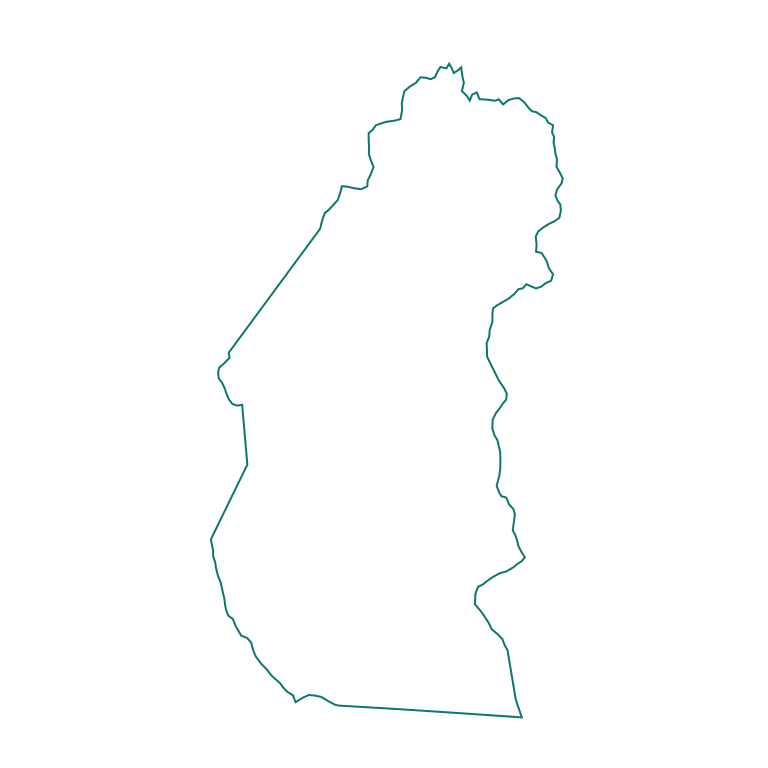 Palmeiras, Bahia, Brazil, rotated 5°
{"feature_id": "56859067B40593340252607", "entity_name": "Palmeiras", "entity_type": "district", "adm_level": 2, "iso_a3": "BRA", "parent_name": "Brazil", "parent_adm1": "Bahia", "projection": "equal_earth", "projection_center": [-41.531, -12.534], "detail": "fine", "context": "isolated", "style": "outline", "palette": "teal", "viewbox_px": 768, "rotation_deg": 5, "n_neighbors": 0, "source": "geoboundaries", "source_scale": "gbopen_adm2", "svg_char_len": 2746}
<svg xmlns="http://www.w3.org/2000/svg" viewBox="0 0 768 768"><g transform="rotate(5 384 384)"><path d="M323.6,708.7L331.1,703.2L336.2,700.4L342.1,700.4L348.8,701.2L356.5,705.0L363.2,707.8L367.3,708.3L398.9,707.4L424.0,706.7L550.3,704.1L542.7,686.7L530.2,638.3L527.0,633.7L524.1,627.7L518.4,622.9L512.9,619.1L508.9,612.6L503.4,605.5L499.4,601.0L493.9,595.6L493.3,585.3L495.3,577.9L500.0,575.0L503.7,571.4L509.1,566.9L515.3,562.7L522.2,560.0L528.7,555.5L532.4,551.8L536.2,548.9L539.4,544.5L535.3,539.0L531.9,533.4L530.1,527.9L527.9,523.1L525.0,518.4L525.8,502.6L523.7,497.2L519.2,493.2L515.7,486.5L510.8,485.6L508.0,481.6L505.1,475.6L506.8,465.7L507.2,458.4L506.6,450.2L505.6,441.3L503.7,435.7L501.8,429.9L498.8,425.9L495.8,419.0L495.4,409.7L498.2,402.9L501.4,398.1L504.0,393.2L507.0,389.0L507.2,383.1L504.5,378.4L497.7,369.9L484.3,347.8L483.6,341.3L482.7,334.2L484.7,327.6L484.6,321.1L486.6,312.5L485.9,304.7L486.1,299.2L489.7,295.8L495.4,291.8L500.7,288.1L506.2,282.7L509.6,277.9L514.0,276.5L517.2,272.2L522.0,273.9L527.1,275.5L532.2,273.3L536.4,269.3L541.5,266.6L542.8,260.0L538.2,254.3L535.1,247.0L529.6,239.8L523.9,238.9L523.9,232.1L522.3,223.8L524.3,218.7L528.6,214.5L534.2,210.2L539.8,206.9L544.2,203.1L545.1,195.8L544.0,189.8L541.1,186.6L538.3,181.3L539.6,174.8L543.2,169.0L544.2,163.9L541.1,158.5L536.9,152.6L536.8,145.2L534.7,139.5L533.5,134.0L531.9,129.0L531.9,123.0L529.5,118.9L529.9,111.6L524.8,109.3L521.6,104.8L517.2,102.8L512.3,100.0L507.5,99.3L503.9,96.2L498.8,90.8L493.6,87.4L488.7,88.2L483.4,90.2L478.3,95.1L473.6,90.4L469.6,92.2L462.9,91.7L454.4,92.0L451.0,85.5L446.6,88.0L444.8,94.2L441.3,89.7L436.1,85.4L437.3,76.8L435.2,70.3L433.3,61.8L429.9,65.5L426.3,68.1L423.8,63.2L421.0,59.3L418.7,64.1L412.6,63.3L410.1,67.8L408.2,73.8L403.8,76.3L399.5,75.3L393.6,75.3L389.6,81.2L383.5,85.7L378.8,90.6L377.8,97.4L377.3,103.3L378.2,109.8L377.3,118.7L371.7,120.7L367.9,121.6L363.8,122.5L358.9,124.4L353.3,127.0L350.3,132.0L346.9,135.4L347.5,142.6L348.6,150.6L348.9,156.3L351.2,161.9L354.7,168.7L352.2,177.2L350.1,182.4L350.1,188.6L344.2,192.0L336.4,191.5L330.3,190.6L324.8,190.6L323.7,197.7L321.8,204.9L317.9,210.0L313.8,215.3L310.2,218.7L308.3,225.6L306.8,235.0L226.6,366.3L227.8,371.4L223.0,377.4L218.4,382.0L217.7,387.3L219.0,393.0L222.5,396.7L225.9,402.7L228.1,407.8L230.8,412.8L234.8,417.2L239.6,418.3L244.5,417.2L254.9,476.2L225.1,553.8L226.8,560.0L228.3,564.9L228.7,570.1L231.4,576.5L232.6,581.7L235.2,589.3L238.7,596.2L241.1,604.1L243.7,611.8L245.0,618.0L246.4,622.9L249.0,628.3L254.0,631.4L257.4,638.2L263.6,647.0L269.8,649.0L274.1,653.0L277.1,661.2L280.2,666.9L286.1,673.4L292.1,678.6L296.7,683.6L301.4,687.4L306.6,691.1L309.7,694.9L314.4,699.0L320.5,702.1L323.6,708.7Z" fill="none" stroke="#0f766e" stroke-width="2"/></g></svg>